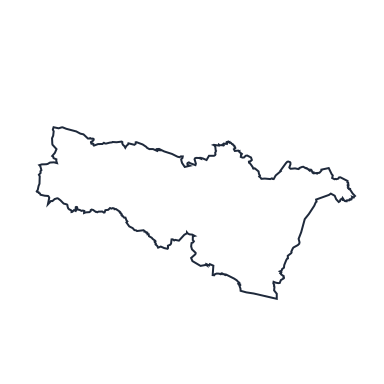 outline of Ixmiquilpan, Hidalgo, Mexico, rotated 292°
{"feature_id": "50627088B45047624087039", "entity_name": "Ixmiquilpan", "entity_type": "district", "adm_level": 2, "iso_a3": "MEX", "parent_name": "Mexico", "parent_adm1": "Hidalgo", "projection": "equal_earth", "projection_center": [-99.19, 20.539], "detail": "fine", "context": "isolated", "style": "outline", "palette": "slate", "viewbox_px": 384, "rotation_deg": 292, "n_neighbors": 0, "source": "geoboundaries", "source_scale": "gbopen_adm2", "svg_char_len": 6053}
<svg xmlns="http://www.w3.org/2000/svg" viewBox="0 0 384 384"><g transform="rotate(292 192 192)"><path d="M124.7,310.6L129.4,308.7L131.5,305.0L134.9,304.0L135.5,303.2L136.5,303.1L137.8,301.6L139.3,301.3L139.3,303.7L139.8,306.1L140.5,307.4L143.6,307.4L146.4,309.5L147.1,309.3L147.3,308.7L148.3,308.6L149.0,305.5L149.6,305.2L149.7,304.4L150.9,304.8L151.3,303.2L152.7,304.6L154.2,304.4L156.3,305.6L158.8,304.9L164.2,304.9L165.9,305.2L166.4,305.8L168.7,304.7L172.5,306.9L173.5,306.9L174.0,306.4L177.6,306.6L178.6,306.9L182.4,310.0L184.2,310.8L185.7,310.5L188.5,308.4L195.6,308.3L209.1,306.7L215.4,308.6L225.0,310.5L228.8,310.6L229.7,311.1L231.5,309.9L240.6,320.1L242.5,321.3L242.0,325.7L239.3,328.4L237.7,331.8L238.9,332.6L240.6,332.5L242.4,333.8L242.2,334.1L242.8,334.0L242.4,334.7L241.1,334.9L241.4,336.2L240.9,337.0L241.0,337.8L241.7,338.3L241.5,338.9L242.4,339.0L243.1,340.8L244.3,340.9L244.5,341.4L244.2,341.8L244.9,342.6L246.0,342.3L247.0,343.0L247.5,342.5L247.5,344.0L248.4,344.1L248.5,343.5L248.7,344.2L249.4,344.6L250.8,341.5L253.4,337.8L253.5,336.8L254.1,337.0L254.1,335.3L255.2,335.0L255.2,334.6L256.5,334.6L256.5,334.2L257.1,334.2L257.1,333.8L257.8,334.0L259.1,333.3L259.1,332.5L260.5,332.1L261.2,324.1L260.6,322.9L259.2,322.6L257.9,321.0L257.9,320.2L257.2,319.3L257.5,316.7L260.1,316.3L260.8,314.9L265.4,309.8L261.2,303.6L260.5,304.0L258.1,303.2L257.5,302.9L256.4,300.7L256.2,301.3L255.9,301.1L256.2,300.3L254.8,297.6L255.0,296.9L255.7,297.0L255.5,296.1L256.9,294.8L257.2,293.9L255.8,293.4L256.2,292.0L256.7,291.9L256.7,290.3L257.1,289.6L257.0,288.9L256.7,289.0L256.7,287.9L257.1,285.8L256.5,284.7L254.5,282.6L253.9,282.7L253.1,282.0L252.5,278.7L250.5,274.8L250.7,273.8L251.3,273.0L254.6,272.9L256.1,272.2L256.4,271.7L256.3,269.8L255.7,269.0L254.0,268.3L244.8,266.0L244.6,266.5L238.7,263.4L234.6,262.9L234.3,262.0L234.6,261.0L233.3,259.7L231.7,254.4L230.2,251.4L231.2,249.8L231.5,248.5L232.7,248.8L233.9,247.3L236.0,246.0L237.4,241.6L237.4,241.1L236.8,240.6L236.7,239.9L237.7,239.1L239.3,236.7L240.4,234.8L240.5,233.9L241.5,233.4L242.6,234.8L244.1,235.5L246.1,233.8L246.5,229.5L245.7,228.2L243.5,227.3L242.8,225.9L242.8,224.1L244.9,223.5L245.0,223.9L246.0,224.0L246.7,221.2L247.7,220.7L247.3,220.3L247.7,219.4L246.1,216.3L247.4,214.8L249.0,215.7L249.7,215.2L249.8,214.4L250.8,213.9L250.8,213.0L251.6,211.8L251.4,211.2L252.2,209.6L251.8,208.6L252.5,208.1L252.0,207.4L252.4,206.8L251.7,206.0L250.3,206.3L250.6,205.5L249.4,205.6L248.8,203.4L247.6,203.4L247.1,203.9L246.8,203.6L246.8,203.0L247.3,202.4L246.4,201.8L245.8,200.3L246.0,199.2L245.1,199.5L243.9,194.5L243.7,194.3L243.7,195.1L242.6,196.7L239.4,198.4L239.1,198.9L237.1,198.8L235.6,199.7L234.8,199.6L233.8,198.8L231.9,194.2L227.1,193.5L227.2,189.1L226.7,188.2L227.0,187.6L226.9,187.3L226.2,187.8L226.2,185.9L225.2,183.1L224.4,182.2L223.3,182.1L219.7,185.0L218.2,185.1L218.0,179.6L218.3,178.0L217.3,177.1L216.3,177.1L215.5,178.2L215.5,180.1L212.5,175.9L215.2,171.9L217.0,170.5L218.3,169.7L219.9,170.4L221.5,170.1L220.9,168.4L219.6,167.4L219.3,165.4L219.8,159.2L219.2,151.0L219.6,145.3L219.0,144.1L218.4,145.6L217.8,143.7L217.0,145.3L217.2,139.7L215.8,136.4L216.1,133.8L216.7,132.7L217.6,128.4L217.4,121.9L217.0,121.2L215.6,121.7L214.2,120.9L213.3,114.8L212.2,114.9L210.1,113.9L208.0,113.6L209.2,112.1L209.9,110.3L210.9,109.2L212.2,108.7L212.4,107.9L209.9,103.5L208.6,99.6L208.0,99.2L207.0,97.3L204.8,94.3L204.4,93.2L204.6,91.9L202.9,90.9L201.3,87.0L198.3,83.7L198.7,82.9L199.6,82.6L199.8,81.7L199.1,80.7L200.0,79.8L200.5,79.6L202.4,81.0L203.6,81.3L204.3,80.9L204.4,80.1L203.7,78.7L203.8,77.4L203.3,77.3L202.6,75.5L204.8,69.8L204.3,66.6L204.8,62.0L203.5,51.7L203.5,47.8L203.0,46.8L201.1,44.5L200.2,39.4L197.7,39.6L196.5,41.0L192.2,42.2L189.4,42.1L184.4,44.4L183.6,44.9L181.0,50.3L176.9,50.2L173.0,48.9L172.7,50.1L171.7,50.8L171.5,51.4L171.5,54.0L170.0,54.5L168.2,56.0L167.8,52.9L166.1,49.3L164.0,47.7L163.1,46.4L161.3,42.3L159.7,40.4L159.1,41.7L155.8,44.2L154.5,43.7L153.0,44.5L150.6,43.6L149.6,44.9L142.5,47.5L140.1,47.5L136.2,48.2L134.4,47.8L134.1,48.3L134.3,49.9L133.7,50.3L133.7,51.5L132.7,52.6L133.4,56.9L134.4,60.0L134.1,60.8L133.2,61.8L126.6,63.0L130.8,64.6L131.3,66.0L134.0,67.3L135.7,69.4L135.8,70.3L135.0,73.2L133.2,77.3L133.6,80.6L133.2,81.4L132.0,82.0L130.4,83.4L129.8,85.0L129.9,85.9L129.6,87.2L128.3,87.8L128.8,88.5L131.0,89.4L130.8,91.3L131.7,91.4L132.7,90.4L134.4,89.9L134.8,90.2L134.9,91.1L132.9,92.5L133.3,94.7L133.1,96.6L133.9,97.7L134.1,99.2L132.1,99.8L133.3,101.1L134.9,104.4L136.2,105.2L137.3,104.9L138.1,105.5L138.3,107.1L137.5,110.3L137.8,110.8L137.7,111.7L138.8,112.7L140.3,116.2L139.9,118.0L140.3,118.6L142.7,118.5L144.1,121.0L146.4,122.0L146.4,123.5L147.4,124.6L147.5,126.1L147.0,126.6L147.7,127.8L146.8,132.1L146.4,133.0L146.0,132.8L145.6,133.5L145.3,134.8L144.4,135.1L144.5,135.6L143.5,136.5L143.7,137.0L142.8,138.7L143.3,139.9L141.1,141.9L140.5,143.1L139.2,142.6L136.6,146.7L136.3,150.5L135.1,152.9L135.5,154.7L135.2,155.6L138.4,161.4L137.9,163.1L137.5,163.0L137.6,164.1L137.2,164.7L137.6,164.9L137.6,165.8L136.1,166.6L136.6,167.6L134.9,168.7L134.5,171.8L133.8,173.0L133.0,176.1L132.1,176.0L132.0,176.7L131.4,176.5L130.5,177.9L129.7,177.9L129.0,180.0L127.7,181.4L129.7,183.5L129.6,187.3L130.2,190.6L131.0,190.8L133.2,189.8L135.0,191.6L136.3,191.9L140.4,190.8L140.9,191.9L140.4,193.6L141.3,194.3L142.0,198.1L149.5,200.9L151.8,202.8L152.6,202.5L151.9,203.8L151.8,205.6L152.6,208.2L152.3,210.9L151.2,209.4L147.8,210.7L147.0,212.2L145.7,211.9L144.5,210.7L141.2,211.6L138.8,213.5L137.0,218.1L136.4,218.4L135.5,218.4L130.5,215.9L128.1,218.3L126.7,227.6L129.1,231.4L129.7,231.7L129.5,232.6L130.0,232.8L129.8,233.3L130.5,232.8L130.4,235.5L131.8,235.6L131.7,239.4L122.7,242.3L123.1,243.8L124.3,244.0L125.6,245.4L126.4,247.6L126.5,249.3L127.1,249.5L127.1,250.4L127.8,250.4L127.5,253.7L128.0,253.7L127.9,254.6L128.2,254.8L127.5,263.4L126.9,266.5L125.8,268.8L125.7,269.6L124.6,269.3L124.6,270.2L124.0,270.1L124.1,270.9L123.6,270.7L123.4,271.4L122.9,271.1L120.6,273.1L118.6,274.1L119.3,280.0L121.0,287.2L124.7,310.6Z" fill="none" stroke="#1e293b" stroke-width="2"/></g></svg>